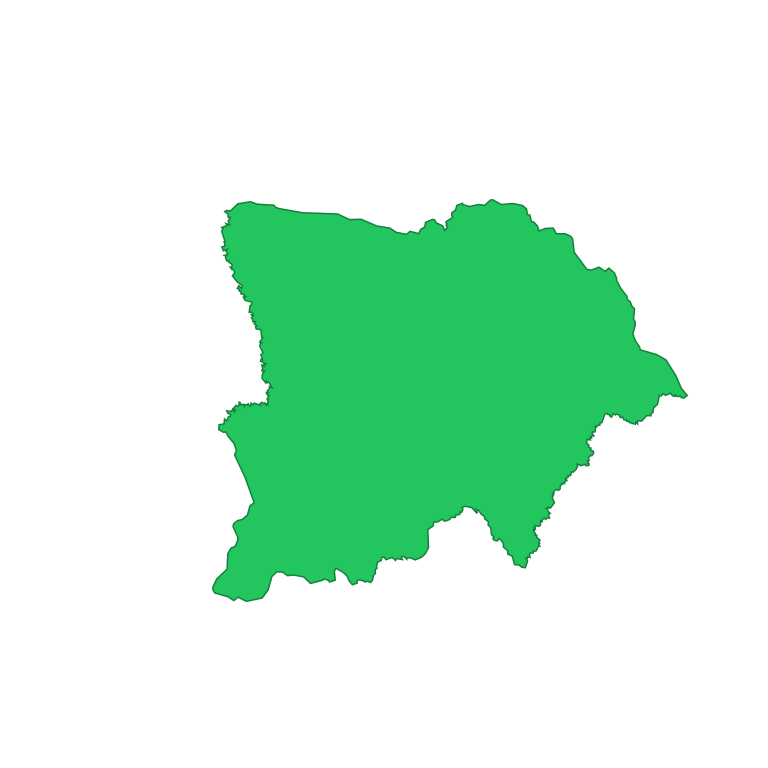 the district of Kuchinarai, Kalasin, Thailand, rotated 328°
{"feature_id": "78962969B96720731529484", "entity_name": "Kuchinarai", "entity_type": "district", "adm_level": 2, "iso_a3": "THA", "parent_name": "Thailand", "parent_adm1": "Kalasin", "projection": "equal_earth", "projection_center": [103.988, 16.535], "detail": "fine", "context": "isolated", "style": "filled", "palette": "green", "viewbox_px": 768, "rotation_deg": 328, "n_neighbors": 0, "source": "geoboundaries", "source_scale": "gbopen_adm2", "svg_char_len": 6147}
<svg xmlns="http://www.w3.org/2000/svg" viewBox="0 0 768 768"><g transform="rotate(328 384 384)"><path d="M141.9,488.1L147.3,487.4L152.1,495.4L167.2,500.9L176.5,497.3L187.0,487.8L193.7,486.5L198.5,490.0L200.5,495.3L206.5,498.4L213.7,505.1L216.0,514.2L227.9,517.9L229.8,517.4L232.7,521.0L233.0,523.1L238.7,524.5L242.7,516.4L245.7,514.9L249.5,522.0L250.9,527.3L250.1,532.4L250.8,537.5L255.8,538.7L256.6,536.9L258.6,536.5L262.8,540.7L262.8,541.8L265.1,542.2L267.5,545.3L270.3,544.3L273.6,540.7L276.2,540.2L278.1,536.9L280.6,536.4L280.3,535.5L284.2,531.6L288.0,532.3L290.5,529.8L292.4,531.2L292.5,534.0L299.0,535.4L300.2,539.7L302.5,538.9L306.6,542.7L307.0,540.0L308.1,540.0L309.5,540.9L310.4,544.6L310.9,543.7L314.1,545.2L317.3,549.7L323.9,550.8L328.9,549.9L335.0,546.4L344.0,530.7L350.5,530.5L353.0,527.5L356.5,529.5L362.0,529.5L362.2,531.8L364.0,533.0L368.0,533.7L370.3,532.6L373.8,535.0L375.4,533.3L379.1,534.7L380.9,532.8L381.7,534.0L384.5,532.2L384.7,530.1L388.1,530.7L392.9,535.3L394.2,542.4L395.2,542.3L395.7,539.1L397.4,541.7L397.5,546.1L398.9,549.4L398.0,551.8L399.6,556.4L397.6,558.5L398.4,562.6L395.3,568.7L396.3,571.8L394.5,572.6L394.6,574.9L397.1,577.2L399.6,576.0L400.2,577.1L400.8,582.5L398.8,585.6L400.5,590.7L398.9,593.7L401.5,598.1L399.0,606.3L402.7,609.2L403.7,612.4L406.5,614.7L412.0,610.2L412.0,607.0L413.1,607.9L414.4,606.6L416.0,608.5L417.1,605.6L418.9,604.7L420.8,606.4L421.9,605.0L424.5,606.2L429.3,603.4L430.1,604.0L429.9,602.5L431.6,601.7L431.1,600.5L433.6,599.0L432.1,594.9L433.5,593.4L432.2,592.4L433.2,591.2L433.0,587.3L433.8,587.8L434.7,585.9L435.4,587.3L436.9,584.1L439.8,586.7L441.6,586.8L444.4,583.1L445.3,584.5L445.9,583.1L448.8,582.6L449.4,584.6L451.8,583.9L453.2,585.4L454.3,581.9L456.5,581.7L455.6,579.5L456.5,576.3L455.7,575.6L458.1,575.5L458.3,577.0L459.7,577.3L465.7,575.0L466.1,571.0L467.2,568.5L468.4,568.5L468.3,566.7L469.4,567.0L469.2,565.7L470.0,566.9L471.2,565.1L474.2,564.6L475.6,566.7L477.8,566.3L479.5,563.7L481.9,563.5L481.9,562.4L484.5,564.2L484.8,562.7L487.2,562.7L487.4,560.9L488.1,562.2L488.6,560.4L491.1,560.6L491.5,559.0L493.7,560.5L496.6,557.9L497.7,559.0L501.6,558.2L504.4,556.5L505.4,554.2L507.7,557.6L511.6,558.6L511.9,560.3L514.7,561.6L515.6,560.3L514.6,558.9L515.8,558.7L515.9,556.9L517.4,557.5L518.2,555.2L520.9,554.0L522.2,555.0L525.2,553.8L525.9,551.8L524.1,549.6L525.5,548.1L524.1,545.5L525.4,544.1L524.3,541.9L526.6,538.7L529.3,540.7L529.4,538.9L531.4,539.9L531.7,538.1L534.6,539.2L534.3,536.1L535.1,535.2L537.7,536.5L540.9,532.0L541.1,533.2L543.9,532.3L545.2,533.3L546.2,531.7L548.4,532.2L555.3,526.5L557.7,527.2L557.9,528.8L559.3,529.7L558.5,530.8L559.5,532.7L562.5,530.8L563.9,532.9L565.1,532.6L567.3,535.3L566.5,536.8L567.1,538.2L568.8,538.0L568.5,541.7L570.6,542.8L570.1,544.3L571.3,544.6L571.8,546.8L575.8,551.3L577.4,549.7L577.9,552.2L579.6,549.5L582.8,552.0L589.9,550.0L593.7,552.4L593.9,551.0L597.0,550.7L599.8,547.3L605.2,546.1L611.4,539.8L612.7,541.0L615.9,540.3L616.7,542.8L622.1,543.7L622.5,546.9L624.3,548.7L625.1,547.6L626.3,550.2L629.2,551.7L628.9,552.9L630.6,554.8L635.1,554.5L633.8,545.4L635.9,532.0L635.9,513.0L630.8,503.6L619.4,490.8L620.4,488.0L620.1,481.0L621.5,473.4L627.8,467.7L629.9,464.4L630.2,460.9L636.3,453.1L635.5,449.2L636.4,444.8L635.2,441.6L636.5,438.2L635.5,429.4L636.1,419.2L637.2,417.9L638.3,412.1L636.1,404.9L631.2,405.6L628.3,398.9L620.3,397.3L616.8,394.2L615.1,373.0L620.8,361.0L620.8,358.0L617.4,352.7L609.8,347.9L610.2,341.5L603.3,337.6L596.5,336.3L597.9,331.6L596.8,325.9L595.0,324.3L597.2,318.1L595.5,316.2L597.6,311.2L596.1,306.0L589.1,299.4L578.6,293.9L573.7,285.2L571.6,284.4L564.1,285.9L559.4,281.9L550.5,278.8L546.1,273.8L546.3,272.4L540.5,271.1L536.6,274.5L532.2,274.7L530.7,276.8L530.6,279.1L522.8,279.2L522.0,280.2L522.4,281.7L520.8,282.3L520.8,284.8L516.8,285.9L517.6,281.1L513.7,275.0L513.9,271.6L512.3,270.1L504.8,269.0L501.8,272.5L497.0,272.3L493.2,274.9L486.9,268.3L482.4,269.1L474.8,261.9L471.5,254.8L461.7,246.3L451.8,232.1L442.0,226.4L434.6,215.1L405.9,195.8L388.9,180.5L386.0,177.3L385.2,173.9L371.9,164.4L367.2,158.6L355.5,153.7L345.5,155.9L342.3,153.3L340.3,153.4L341.8,157.2L340.1,160.2L341.7,160.6L341.8,161.8L338.2,163.1L337.4,167.1L335.0,164.3L335.1,166.5L329.3,165.2L329.8,166.8L327.3,168.4L324.6,179.2L323.5,178.8L323.6,180.4L322.0,182.6L319.0,181.9L318.4,185.9L322.4,186.7L320.4,187.7L320.3,191.3L316.8,190.4L318.0,191.9L316.6,192.7L315.9,196.3L317.7,196.9L316.8,198.3L318.6,201.8L316.6,204.8L315.6,203.6L315.7,206.4L317.2,207.7L316.2,210.6L312.7,211.9L313.6,219.5L316.0,225.6L313.8,227.5L313.1,223.7L310.2,225.2L311.3,226.4L310.5,228.5L311.7,229.5L310.5,231.9L312.9,233.7L312.1,235.1L313.7,237.0L310.8,235.8L310.5,239.4L315.3,244.6L313.7,246.6L312.0,246.6L307.7,251.7L309.4,252.6L310.1,254.8L309.6,256.4L308.3,255.1L308.5,257.2L306.7,257.6L306.8,260.5L305.7,261.4L307.9,263.1L305.8,264.1L307.0,267.4L305.4,267.3L304.8,269.6L308.3,272.7L305.0,279.6L305.8,280.5L300.8,282.5L302.1,284.5L300.4,284.4L298.6,286.2L298.0,293.4L295.0,294.0L293.9,299.1L292.8,297.9L291.4,299.2L294.5,304.3L292.4,303.6L292.0,305.6L290.4,303.2L289.2,306.9L287.4,307.9L289.6,309.9L287.2,310.2L283.6,314.4L284.3,320.5L285.8,319.3L285.6,321.0L287.2,321.0L287.2,327.6L285.5,325.4L284.7,327.1L281.3,328.1L281.5,330.1L279.7,328.9L279.3,330.4L280.4,332.8L279.3,332.6L278.2,335.2L277.0,334.6L276.2,338.1L274.4,338.6L274.4,340.3L272.9,339.5L272.9,336.8L271.2,336.6L270.9,334.8L268.4,335.0L267.8,336.6L263.9,331.6L261.8,332.0L261.2,329.8L258.7,331.9L258.0,330.1L258.7,328.2L257.4,329.5L254.9,327.6L253.8,328.9L253.8,326.5L251.5,325.9L252.2,323.2L251.5,322.6L249.5,325.4L247.9,325.3L247.3,323.7L243.1,325.0L244.2,327.6L242.5,328.5L242.3,325.1L240.2,326.5L236.4,323.4L236.1,326.1L237.6,328.9L236.7,330.0L234.7,329.4L230.9,331.9L230.2,329.2L227.1,333.1L222.5,331.1L219.7,335.2L222.5,340.2L224.6,340.9L224.1,345.7L225.3,355.1L223.5,362.3L219.7,365.0L216.8,389.2L211.0,415.9L205.8,416.2L198.7,422.8L191.8,423.8L187.4,422.2L182.5,422.8L180.4,424.9L178.8,436.6L177.3,438.8L171.9,442.8L167.4,442.1L161.6,445.1L152.8,457.9L138.7,460.7L131.1,465.7L129.7,468.4L129.8,471.7L139.0,481.8L141.9,488.1Z" fill="#22c55e" stroke="#15803d" stroke-width="1.5"/></g></svg>